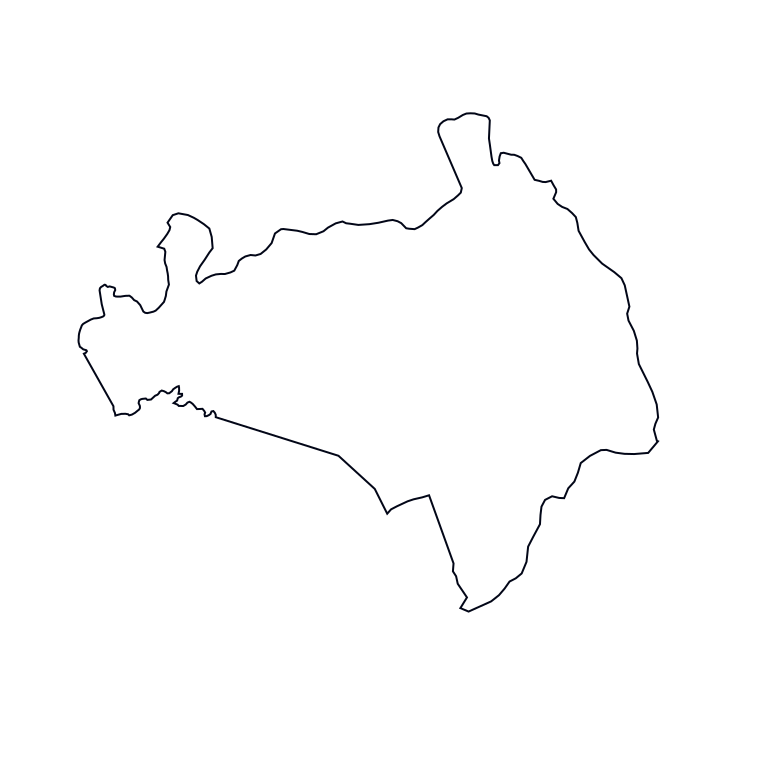 outline of Selangau, Sarawak, Malaysia, rotated 245°
{"feature_id": "92858781B23703975490584", "entity_name": "Selangau", "entity_type": "district", "adm_level": 2, "iso_a3": "MYS", "parent_name": "Malaysia", "parent_adm1": "Sarawak", "projection": "equal_earth", "projection_center": [112.583, 2.507], "detail": "fine", "context": "isolated", "style": "outline", "palette": "ink", "viewbox_px": 768, "rotation_deg": 245, "n_neighbors": 0, "source": "geoboundaries", "source_scale": "gbopen_adm2", "svg_char_len": 4366}
<svg xmlns="http://www.w3.org/2000/svg" viewBox="0 0 768 768"><g transform="rotate(245 384 384)"><path d="M379.6,643.9L388.0,640.0L400.9,632.6L412.4,628.4L419.3,626.7L427.9,625.9L440.6,625.1L448.3,627.3L454.2,628.4L459.4,626.7L465.1,624.2L469.2,620.3L473.8,617.5L480.3,615.8L485.1,621.1L487.6,622.2L492.2,621.7L497.2,621.4L497.6,621.4L498.7,615.8L500.1,613.2L502.6,610.4L505.4,606.8L523.7,605.1L527.1,604.5L531.0,604.0L534.2,601.4L536.7,598.9L538.1,596.1L543.0,590.2L543.8,587.4L541.3,584.9L537.9,582.6L535.4,582.0L534.2,579.8L535.8,576.4L537.5,576.1L540.4,576.4L544.6,577.5L556.5,581.2L562.2,582.9L578.2,591.3L581.0,591.3L583.3,590.2L585.8,586.8L588.3,583.4L590.8,580.6L592.7,577.0L594.3,573.0L594.5,569.1L593.9,563.8L593.9,559.6L595.2,557.3L597.0,553.4L597.0,548.9L595.8,544.7L593.5,541.8L589.5,539.6L585.1,539.0L528.7,537.3L525.0,534.5L523.7,530.9L522.1,525.3L521.2,517.1L520.0,511.5L518.3,505.6L516.2,500.5L514.8,495.5L513.1,489.8L511.8,485.9L511.4,480.8L511.4,477.2L514.1,472.4L515.8,469.9L522.5,467.6L525.8,465.1L529.0,461.2L530.4,456.7L532.5,447.1L535.0,438.4L539.0,428.0L543.4,421.3L545.7,417.6L548.8,415.1L550.0,408.1L549.4,399.3L548.0,393.7L548.4,385.8L551.5,379.7L556.3,374.3L559.6,370.1L567.0,358.3L567.8,356.1L566.5,348.8L559.2,341.7L555.7,334.1L554.0,327.1L554.8,321.8L557.3,317.6L558.2,312.2L557.8,308.3L556.9,304.4L553.8,301.3L550.0,296.2L550.0,292.0L550.9,286.4L552.8,282.4L554.4,277.9L555.0,273.4L555.0,267.0L553.6,262.2L553.2,259.1L556.5,257.7L561.7,259.4L564.7,262.2L568.4,267.0L572.4,274.0L577.0,281.3L579.5,286.1L590.1,290.0L598.7,291.4L605.0,288.3L611.4,284.4L615.0,281.9L620.0,277.7L625.6,269.8L626.3,263.9L621.7,256.0L616.6,256.6L614.1,254.6L611.6,251.0L608.7,245.9L606.8,242.0L604.1,236.9L599.5,242.0L596.2,241.7L589.1,237.5L585.7,236.6L582.0,236.4L578.6,235.4L575.7,234.7L572.8,233.8L569.5,232.4L565.0,231.1L559.8,225.9L556.0,223.5L553.3,221.1L551.4,219.3L548.3,212.1L547.0,208.1L547.0,205.7L547.7,202.0L548.3,199.4L549.5,197.6L551.4,196.5L558.5,196.4L563.2,195.0L565.6,193.0L569.0,192.0L571.6,190.6L573.2,186.8L574.6,182.0L576.5,178.1L577.9,176.7L579.3,177.0L581.2,178.2L582.7,180.1L584.5,180.6L585.6,179.9L588.4,176.6L588.7,174.7L590.1,173.8L591.5,173.5L592.1,172.6L591.7,170.6L591.5,168.6L590.8,167.0L589.1,165.8L575.6,161.9L565.1,159.9L564.3,159.3L563.9,157.8L564.0,156.1L564.3,153.9L565.0,151.5L566.1,148.6L566.3,145.5L566.1,142.6L565.9,139.4L565.6,136.7L564.8,134.9L563.2,133.3L561.7,131.7L559.7,129.9L558.3,128.8L556.7,127.8L554.9,126.9L552.5,125.5L550.6,124.8L546.3,124.1L544.6,125.1L542.6,126.0L541.8,126.9L540.4,128.5L539.3,128.6L538.9,127.9L538.3,126.9L538.3,124.8L478.2,129.4L475.0,128.0L471.4,127.9L468.9,127.2L468.6,129.3L467.9,133.4L466.2,137.2L464.7,139.3L463.3,139.8L462.8,142.6L463.1,146.2L463.9,149.3L464.4,151.4L465.3,152.6L466.3,153.1L467.5,153.5L469.3,153.5L470.3,153.5L471.2,154.1L472.7,155.4L472.9,157.1L472.7,158.5L471.5,162.0L469.6,162.8L468.4,166.3L469.2,168.8L470.1,171.6L470.0,174.2L470.8,176.2L471.7,177.2L472.0,179.8L470.4,181.6L468.7,182.9L467.1,183.7L466.4,185.4L467.1,188.7L468.3,190.7L468.7,192.9L469.0,195.2L468.8,197.1L467.5,196.8L464.5,195.5L462.0,193.6L461.5,194.5L460.4,196.8L458.8,196.1L458.4,194.5L458.6,192.6L458.3,191.1L456.4,189.5L456.1,187.4L455.6,185.3L454.7,186.2L452.5,188.2L450.9,188.7L450.0,190.5L448.9,192.8L449.2,195.7L450.2,198.0L450.1,200.2L448.9,201.1L446.8,202.2L443.4,203.2L440.3,203.9L439.2,206.5L438.2,209.0L435.5,209.7L433.6,209.8L432.5,208.6L430.5,208.1L429.8,209.7L429.8,212.1L430.2,214.2L431.1,215.0L432.0,216.1L431.6,217.9L429.6,218.5L427.3,218.5L425.0,217.5L338.2,312.4L292.8,331.3L265.1,332.1L267.4,337.4L267.7,344.0L267.7,350.1L267.7,355.8L267.0,362.0L265.1,370.8L264.1,377.8L192.0,371.2L185.1,367.3L179.3,368.1L171.8,366.4L155.5,369.0L148.6,358.5L142.0,364.5L142.0,366.0L141.7,389.2L144.0,398.9L147.6,406.8L151.9,414.3L152.2,421.3L154.1,428.7L162.6,438.0L175.7,445.9L182.5,454.7L191.0,466.1L199.2,470.5L206.3,474.9L210.9,481.0L211.2,488.9L206.7,494.6L204.4,499.0L211.6,506.9L215.1,515.3L221.7,522.3L229.2,528.9L231.8,540.3L232.4,552.6L230.2,557.9L223.9,564.9L219.1,572.4L214.8,581.1L209.9,594.3L216.3,608.1L217.2,607.3L228.7,609.3L233.3,613.2L237.8,618.3L250.2,622.5L263.5,623.9L274.2,623.9L294.4,623.4L304.7,626.2L309.1,628.7L316.4,631.5L326.6,632.9L338.1,632.4L345.0,634.1L350.4,639.1L371.7,643.9L379.6,643.9Z" fill="none" stroke="#020617" stroke-width="2"/></g></svg>